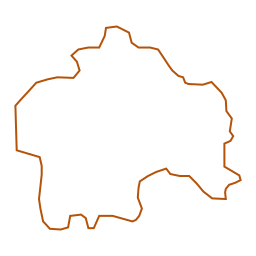 Jeongeup-si, North Jeolla, South Korea
{"feature_id": "91817680B14892127844453", "entity_name": "Jeongeup-si", "entity_type": "district", "adm_level": 2, "iso_a3": "KOR", "parent_name": "South Korea", "parent_adm1": "North Jeolla", "projection": "mercator", "projection_center": [126.936, 35.604], "detail": "fine", "context": "isolated", "style": "outline", "palette": "amber", "viewbox_px": 256, "rotation_deg": 0, "n_neighbors": 0, "source": "geoboundaries", "source_scale": "gbopen_adm2", "svg_char_len": 1129}
<svg xmlns="http://www.w3.org/2000/svg" viewBox="0 0 256 256"><path d="M211.5,82.0L202.8,84.7L188.5,84.0L185.2,82.7L183.1,77.3L178.4,75.9L172.3,70.5L168.9,65.8L164.9,59.7L158.1,49.5L150.0,47.5L138.5,47.5L131.7,42.8L129.0,32.6L116.8,26.5L106.0,27.9L104.7,36.0L99.2,47.5L88.4,47.5L78.3,49.5L71.8,55.3L71.5,55.6L76.9,61.7L79.6,70.5L73.5,77.9L57.3,77.3L47.8,79.3L36.3,82.7L29.6,90.1L22.1,98.2L15.4,105.7L16.7,150.3L20.1,151.3L32.9,155.1L39.7,157.1L41.7,165.9L41.7,174.7L39.7,192.9L39.0,199.0L40.4,208.5L43.1,221.4L44.8,223.2L49.9,228.8L60.7,229.5L68.1,227.4L70.2,215.9L81.0,214.6L85.7,218.0L88.4,228.1L93.8,228.1L99.2,215.9L112.8,215.9L120.2,218.0L132.4,221.4L135.8,220.0L139.2,215.9L141.9,208.5L137.8,197.7L138.5,188.2L139.8,181.4L148.0,176.0L156.1,172.0L166.2,168.6L170.3,174.0L179.8,176.0L189.2,176.0L196.7,183.5L203.4,191.6L212.2,198.4L225.8,199.0L225.1,192.3L225.8,188.9L229.1,184.8L235.2,182.8L240.6,180.1L239.3,175.4L231.2,170.6L224.4,166.6L224.4,158.4L224.4,149.6L224.4,143.6L230.5,140.9L233.2,136.1L229.8,131.4L231.8,118.5L226.4,111.1L225.8,100.3L221.7,92.8L211.5,82.0Z" fill="none" stroke="#b45309" stroke-width="2"/></svg>